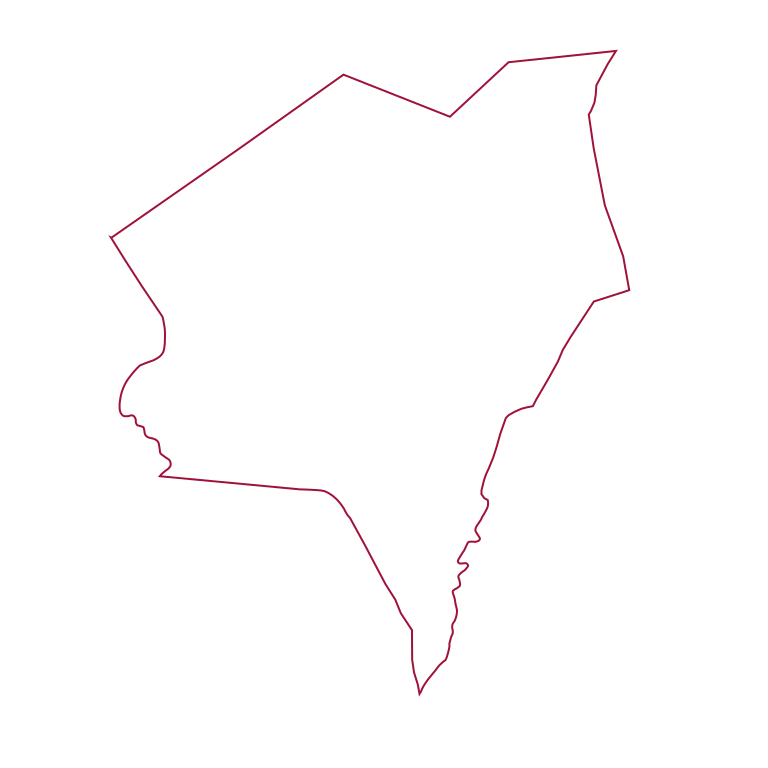 outline of San Francisco de Coray, Valle, Honduras, rotated 84°
{"feature_id": "27666195B95409407730953", "entity_name": "San Francisco de Coray", "entity_type": "district", "adm_level": 2, "iso_a3": "HND", "parent_name": "Honduras", "parent_adm1": "Valle", "projection": "natural_earth1", "projection_center": [-87.504, 13.668], "detail": "fine", "context": "isolated", "style": "outline", "palette": "rose", "viewbox_px": 768, "rotation_deg": 84, "n_neighbors": 0, "source": "geoboundaries", "source_scale": "gbopen_adm2", "svg_char_len": 6100}
<svg xmlns="http://www.w3.org/2000/svg" viewBox="0 0 768 768"><g transform="rotate(84 384 384)"><path d="M77.0,118.5L77.0,226.5L125.1,290.5L72.1,392.0L134.5,502.9L210.0,639.8L209.7,640.3L234.5,628.2L260.8,614.9L293.7,597.4L295.1,597.1L295.7,597.0L296.6,596.9L300.1,596.6L303.5,596.4L304.8,596.3L306.4,596.3L309.0,596.4L310.3,596.5L311.5,596.6L316.5,597.2L319.8,597.6L321.3,597.9L323.2,598.3L325.0,598.7L326.4,599.1L327.8,599.6L328.6,600.0L329.4,600.4L329.8,600.7L330.6,601.3L331.3,601.9L332.1,602.8L332.9,603.8L333.5,604.6L334.0,605.5L334.9,607.4L335.7,609.1L335.9,609.8L336.2,610.4L336.7,612.3L337.9,617.4L338.4,619.2L339.1,621.5L339.8,624.1L340.2,624.9L340.4,625.2L340.7,625.7L341.9,627.2L342.5,627.9L344.0,629.6L345.5,631.3L347.0,632.9L347.7,633.6L350.4,636.2L352.3,638.0L353.3,638.8L354.8,640.0L356.3,641.1L358.0,642.2L359.5,643.1L361.2,644.0L362.8,644.8L365.0,645.8L366.6,646.4L368.9,647.2L371.8,648.0L373.8,648.5L375.5,648.9L377.6,649.2L379.8,649.4L381.2,649.5L382.2,649.5L383.2,649.3L384.0,649.2L384.6,649.1L385.4,648.8L386.1,648.5L386.5,648.2L387.0,647.9L387.7,647.3L388.1,647.0L388.3,646.8L388.5,646.4L388.6,646.1L388.8,645.7L388.9,645.4L389.0,645.0L389.1,643.8L389.2,642.6L389.2,641.8L389.2,641.2L389.1,640.7L389.0,640.2L388.8,639.6L388.8,639.2L388.8,638.9L388.8,638.4L388.8,638.1L388.9,637.6L389.0,637.3L389.2,637.0L389.5,636.5L390.0,636.0L390.4,635.7L391.3,635.3L391.6,635.1L392.2,634.9L392.7,634.8L393.3,634.7L394.0,634.6L394.6,634.7L395.6,634.8L396.4,634.8L397.0,634.7L397.5,634.5L398.2,634.3L398.8,634.0L398.9,633.9L399.1,633.7L399.4,633.3L399.6,632.8L400.3,630.9L401.0,629.3L401.6,628.1L401.8,627.8L402.0,627.7L402.7,627.5L403.7,627.4L404.7,627.3L405.3,627.2L407.1,627.2L407.8,627.1L408.4,627.0L409.3,626.8L409.8,626.6L410.1,626.4L410.7,626.0L411.3,625.5L411.7,625.1L412.1,624.5L412.6,623.7L412.8,623.2L413.1,622.5L413.3,622.0L413.8,620.3L414.1,619.5L414.5,618.7L414.9,617.8L415.4,617.1L415.7,616.6L416.2,616.1L416.8,615.5L417.2,615.2L417.6,615.0L418.2,614.7L418.6,614.5L419.1,614.4L419.9,614.2L421.3,614.1L424.7,613.9L425.9,613.9L427.5,613.9L428.3,613.8L428.8,613.8L429.3,613.6L429.5,613.5L429.9,613.3L430.4,613.0L430.7,612.7L431.1,612.3L431.9,611.4L433.6,609.5L434.6,608.4L435.5,607.2L436.4,606.2L436.7,605.8L437.0,605.6L437.4,605.3L437.9,605.1L438.6,604.8L439.6,604.6L440.0,604.6L440.5,604.5L441.1,604.5L441.9,604.6L442.6,604.8L442.9,604.9L443.3,605.1L443.9,605.5L444.3,605.9L444.9,606.5L445.4,607.0L445.8,607.5L446.0,607.9L447.6,610.6L449.3,613.2L449.8,613.9L450.4,614.6L451.0,615.3L452.3,616.6L480.0,478.7L480.4,475.6L481.1,470.6L482.5,461.9L482.9,459.9L483.1,458.6L483.4,457.4L483.7,456.6L484.2,454.8L484.4,454.3L484.7,453.7L485.3,452.6L486.3,451.1L487.5,449.5L488.8,448.0L489.6,447.0L490.9,445.7L491.7,445.0L492.8,443.9L494.3,442.7L495.1,442.1L496.2,441.3L497.8,440.2L499.7,439.1L500.9,438.4L502.9,437.3L503.8,436.9L504.7,436.5L506.8,435.8L507.7,435.3L508.7,434.9L510.1,434.2L510.9,433.7L512.0,433.0L513.6,431.8L542.8,419.6L583.1,403.5L599.7,395.3L613.8,391.2L631.7,381.9L661.0,384.8L673.8,384.3L686.4,381.8L695.9,381.1L694.5,380.0L693.9,379.5L693.3,379.2L692.2,378.5L691.2,378.0L689.1,376.6L687.9,375.8L687.0,375.0L684.9,373.3L682.1,370.8L680.1,368.8L678.4,367.1L676.1,364.7L674.2,362.8L671.3,360.1L670.0,358.8L669.2,357.9L668.2,356.6L666.5,354.3L666.1,353.7L665.5,352.5L665.2,352.1L664.8,351.6L664.4,351.3L664.0,351.0L661.7,349.9L660.7,349.5L658.6,348.6L657.5,348.2L655.6,347.5L653.1,346.7L652.0,346.4L651.4,346.3L650.5,346.2L649.8,346.2L649.4,346.1L649.0,346.1L648.4,345.9L644.5,344.4L642.1,343.4L641.4,343.0L640.3,342.3L640.0,342.1L639.5,341.9L639.0,341.7L638.7,341.6L638.0,341.5L636.4,341.4L635.6,341.5L634.1,341.6L633.4,341.6L632.9,341.6L631.8,341.5L630.9,341.2L630.1,340.9L629.3,340.5L628.8,340.1L627.7,339.1L627.0,338.5L626.2,338.1L624.7,337.3L623.1,336.6L622.0,336.2L620.7,335.8L619.8,335.6L618.9,335.4L617.9,335.2L617.0,335.1L616.3,335.1L615.2,335.2L614.0,335.3L612.0,335.6L610.8,335.8L609.1,335.9L606.9,336.0L605.4,336.1L602.8,336.5L600.0,337.2L599.1,337.3L598.0,337.4L597.6,337.3L597.3,337.2L597.1,337.1L596.9,337.0L596.6,336.7L596.2,336.0L595.9,335.5L595.5,334.9L595.3,334.3L594.8,333.0L594.2,331.9L593.7,331.1L593.3,330.5L592.9,330.0L592.6,329.7L592.2,329.5L591.7,329.3L591.1,329.2L590.5,329.2L589.3,329.3L586.7,329.6L585.8,329.8L584.5,330.2L584.0,330.2L583.7,330.2L583.4,330.2L583.1,330.1L582.8,330.0L582.1,329.6L581.6,329.2L581.3,328.9L580.9,328.3L580.2,327.5L579.7,326.9L579.2,326.0L578.7,325.2L578.2,324.2L577.9,323.7L577.4,322.9L576.6,322.0L575.7,321.1L574.8,320.2L574.3,319.8L574.0,319.7L573.7,319.5L573.4,319.4L573.2,319.3L572.7,319.5L572.1,319.8L571.8,320.0L571.4,320.3L571.2,320.5L571.0,320.8L570.8,321.3L570.7,321.6L570.7,321.9L570.6,325.8L570.6,326.2L570.5,326.8L570.3,327.5L570.1,328.0L569.6,328.5L569.2,328.8L568.8,328.9L568.5,329.0L568.1,329.0L567.7,329.0L567.2,328.9L566.9,328.7L565.7,327.9L563.5,326.3L561.7,324.8L560.1,323.6L558.5,322.2L557.9,321.7L555.8,320.4L552.1,318.2L550.9,317.4L550.4,317.0L550.3,316.8L550.0,316.4L549.9,316.0L549.9,315.6L549.8,314.8L549.9,313.8L550.1,312.0L550.2,311.4L550.4,310.7L550.5,310.1L550.6,309.6L550.4,308.7L550.3,308.0L550.2,307.5L550.0,306.8L549.7,306.2L549.5,305.8L549.2,305.5L548.9,305.2L548.6,305.0L548.1,304.9L547.7,304.8L547.2,304.8L546.8,305.0L546.5,305.1L544.4,306.2L541.8,307.5L540.8,308.0L539.8,308.3L539.4,308.4L538.9,308.4L538.3,308.3L537.6,308.1L536.9,307.9L536.4,307.6L536.0,307.4L535.4,307.0L534.7,306.5L529.5,302.1L528.9,301.6L528.5,301.4L527.4,300.8L526.8,300.4L525.9,299.8L524.7,298.8L523.9,298.2L518.9,294.8L518.2,294.4L517.6,294.1L517.1,293.8L516.5,293.6L515.9,293.4L515.3,293.3L514.0,293.0L513.1,292.9L512.1,292.9L511.2,292.9L510.2,293.0L508.0,296.2L503.7,298.6L499.7,298.1L495.1,296.4L490.4,294.7L484.7,292.1L478.5,288.4L468.6,283.1L458.4,278.6L445.8,273.6L430.6,266.4L428.1,263.4L425.3,257.1L423.0,249.9L422.1,244.1L421.6,238.3L415.5,234.3L396.3,220.2L379.8,208.7L368.6,202.5L356.5,193.3L323.9,166.7L316.3,130.3L282.0,132.8L229.4,145.7L171.7,150.8L137.5,152.2L134.0,149.6L126.2,145.3L118.5,143.2L109.2,141.6L89.4,128.2L77.0,118.5Z" fill="none" stroke="#9f1239" stroke-width="2"/></g></svg>